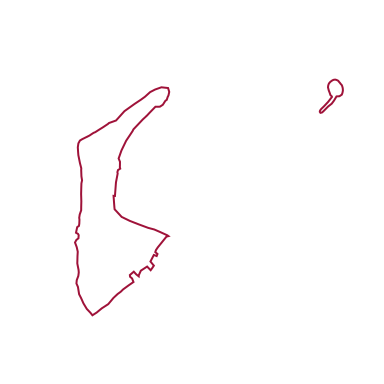 the district of Kolovai, Tongatapu, Tonga, rotated 14°
{"feature_id": "48082658B55363984375879", "entity_name": "Kolovai", "entity_type": "district", "adm_level": 2, "iso_a3": "TON", "parent_name": "Tonga", "parent_adm1": "Tongatapu", "projection": "albers", "projection_center": [-175.316, -21.101], "detail": "fine", "context": "isolated", "style": "outline", "palette": "rose", "viewbox_px": 384, "rotation_deg": 14, "n_neighbors": 0, "source": "geoboundaries", "source_scale": "gbopen_adm2", "svg_char_len": 2183}
<svg xmlns="http://www.w3.org/2000/svg" viewBox="0 0 384 384"><g transform="rotate(14 192 192)"><path d="M179.8,240.5L178.6,240.0L170.5,238.5L164.5,237.5L158.1,237.4L148.2,236.3L138.8,235.1L129.8,233.2L121.1,227.5L120.5,225.9L119.3,222.3L116.8,214.7L118.2,214.5L115.9,201.1L115.4,192.0L114.8,190.8L114.9,188.6L116.7,186.7L116.0,185.4L115.7,183.9L114.8,180.1L112.7,177.2L112.8,176.2L113.5,168.8L115.7,158.2L116.2,156.8L117.9,152.1L119.6,147.3L120.0,145.4L126.7,133.5L130.0,128.4L131.6,125.5L135.9,118.1L140.2,117.0L142.6,114.4L143.9,110.5L144.2,109.8L145.2,108.7L145.4,105.7L145.8,104.0L145.7,100.4L144.4,98.2L143.6,96.9L137.0,97.8L131.4,101.5L127.2,105.2L123.3,111.0L120.1,114.8L115.0,120.4L106.9,129.9L101.0,141.0L94.7,145.2L94.0,146.3L90.0,150.7L86.8,154.0L83.6,157.4L82.2,158.4L80.7,160.0L78.9,162.0L72.7,167.3L70.8,169.2L70.0,172.3L70.4,176.3L71.8,180.7L72.8,183.7L76.3,191.1L78.8,195.7L79.2,197.6L80.9,203.5L82.5,207.3L82.6,210.3L83.3,213.6L84.9,220.8L86.9,227.9L88.1,233.3L88.9,236.6L88.5,241.0L88.8,244.3L89.5,246.1L90.3,250.0L90.5,252.2L89.1,253.9L89.3,259.6L91.5,260.2L92.5,261.3L93.0,264.4L91.4,266.5L90.7,269.3L93.5,273.4L95.6,277.6L96.4,281.9L98.0,289.1L100.8,295.1L101.6,297.5L102.0,301.0L101.5,305.4L102.0,308.7L104.3,311.7L107.2,318.5L110.0,321.7L113.6,326.3L118.2,330.9L122.6,333.7L125.2,335.7L128.7,332.0L130.6,329.4L132.7,326.6L137.9,321.0L141.5,313.6L144.5,309.0L147.0,306.0L148.7,303.2L153.2,297.8L157.0,293.5L154.8,290.4L152.4,289.2L151.8,287.6L154.8,283.4L157.8,285.4L160.7,286.7L160.5,285.6L161.4,280.7L166.5,275.2L170.8,277.9L171.8,275.5L172.8,272.7L168.5,269.5L170.2,262.3L173.2,262.7L173.5,260.5L170.9,259.2L171.1,257.0L172.2,254.0L172.8,252.7L178.0,241.5L179.8,240.5ZM299.3,77.0L297.3,80.2L296.7,81.6L296.5,82.4L296.6,83.3L297.5,84.1L298.9,83.4L299.9,82.0L303.4,76.1L306.2,72.5L307.7,68.9L309.1,64.3L311.9,63.4L313.8,61.3L314.0,59.5L313.9,57.2L313.4,55.5L313.0,54.5L312.1,52.9L311.2,51.8L310.3,51.3L309.1,50.3L307.8,49.4L307.0,48.7L305.1,48.3L303.8,48.3L302.6,48.7L301.3,49.6L299.6,51.6L298.6,53.6L298.4,55.5L298.6,57.5L300.1,60.3L301.9,62.9L302.8,64.4L304.5,65.4L304.8,65.9L302.3,71.6L299.3,77.0Z" fill="none" stroke="#9f1239" stroke-width="2"/></g></svg>